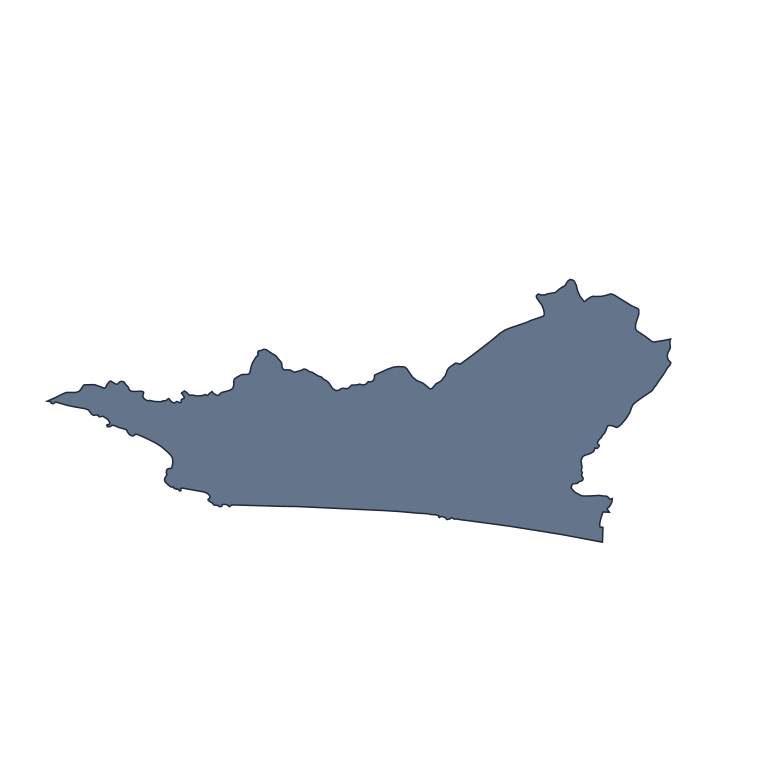 outline of Duc Pho, Quảng Ngãi, Vietnam, rotated 124°
{"feature_id": "81297802B20968372540645", "entity_name": "Duc Pho", "entity_type": "district", "adm_level": 2, "iso_a3": "VNM", "parent_name": "Vietnam", "parent_adm1": "Quảng Ngãi", "projection": "albers", "projection_center": [108.978, 14.748], "detail": "fine", "context": "isolated", "style": "filled", "palette": "slate", "viewbox_px": 768, "rotation_deg": 124, "n_neighbors": 0, "source": "geoboundaries", "source_scale": "gbopen_adm2", "svg_char_len": 6159}
<svg xmlns="http://www.w3.org/2000/svg" viewBox="0 0 768 768"><g transform="rotate(124 384 384)"><path d="M422.3,503.0L425.1,504.7L426.2,506.2L427.5,506.6L428.8,506.0L430.6,504.6L433.1,505.2L439.7,504.9L443.7,503.9L449.5,501.6L451.1,501.6L452.4,502.6L455.7,507.2L461.0,510.0L463.4,510.7L464.6,510.6L466.2,509.9L468.8,508.0L471.5,507.1L472.9,507.2L474.7,507.9L477.4,509.9L481.0,513.2L482.9,514.3L486.1,514.8L486.9,516.6L487.1,520.2L486.4,522.4L488.6,523.2L492.2,524.0L492.6,524.7L492.6,526.3L495.0,527.9L498.5,532.3L500.1,536.2L500.8,537.5L501.9,538.4L502.1,539.4L501.3,543.1L501.4,545.5L504.2,546.7L505.0,546.7L505.2,545.5L506.0,543.4L506.7,542.3L507.5,541.7L508.3,541.9L508.8,542.5L510.2,543.3L511.2,543.0L512.1,542.1L513.0,542.1L513.5,542.5L513.9,543.7L514.3,546.0L516.5,546.9L517.2,547.5L517.5,549.8L517.2,552.1L516.6,553.1L516.5,554.4L516.8,554.7L518.9,555.2L520.2,556.0L520.8,556.5L521.4,557.8L522.8,558.5L523.3,559.1L524.6,560.8L527.0,564.9L528.6,569.1L529.7,570.0L530.3,571.7L530.3,574.5L529.8,575.9L528.6,577.4L525.8,578.2L525.1,578.9L525.4,580.3L525.8,581.3L529.8,586.8L531.0,589.0L531.3,590.3L531.3,591.8L530.0,593.5L529.3,595.3L528.7,598.2L527.7,600.8L528.6,603.3L530.2,604.4L532.4,604.6L533.1,604.9L533.7,605.8L534.1,606.9L534.4,612.3L534.8,612.7L536.1,613.1L539.5,613.3L542.4,612.9L543.8,613.4L546.1,622.5L546.8,624.3L552.3,632.0L553.2,632.4L559.1,632.4L560.2,632.6L562.5,634.0L563.9,635.6L568.6,642.6L571.5,644.6L579.1,648.9L586.5,653.6L585.5,651.4L584.9,650.5L584.9,650.2L586.0,649.4L585.6,647.5L584.7,646.9L582.5,646.1L578.9,634.8L575.7,627.0L571.8,618.5L570.7,614.4L571.6,612.6L572.0,610.9L572.5,609.7L572.5,607.6L572.0,606.6L571.2,606.0L569.9,604.0L569.9,603.2L570.4,602.4L570.4,601.9L569.9,600.9L568.1,599.3L567.9,598.7L567.8,594.9L568.1,592.3L569.2,590.0L570.3,589.3L571.4,589.4L572.5,590.7L572.9,590.9L573.2,590.8L573.5,589.9L574.2,589.4L572.3,587.0L570.6,586.5L570.2,586.1L569.1,583.9L568.5,580.1L566.1,572.5L566.2,571.5L567.2,570.0L568.3,566.8L568.1,564.7L567.7,563.5L567.2,562.8L565.9,562.2L564.6,562.1L564.3,561.8L563.6,559.6L562.0,550.9L560.7,541.1L560.4,534.0L561.3,526.2L562.1,521.7L562.9,519.5L563.9,517.8L566.4,515.7L568.6,514.5L572.3,513.1L572.9,513.3L573.6,514.0L573.9,514.6L575.5,515.9L576.2,516.1L577.7,515.8L579.3,514.9L580.5,513.3L584.8,513.0L586.3,512.3L587.4,510.9L588.1,508.1L588.4,506.0L588.5,503.4L588.1,502.2L587.2,501.1L587.2,500.2L587.7,500.0L588.0,499.5L587.2,497.1L586.3,496.7L586.9,493.5L586.3,492.8L585.6,492.9L584.7,493.9L583.9,493.9L583.1,493.1L574.4,473.3L573.7,470.8L573.5,468.8L573.8,467.0L574.3,465.9L575.2,465.0L576.1,464.8L577.8,465.3L578.4,465.2L578.7,464.7L578.9,461.6L578.6,460.9L579.3,457.6L579.3,456.8L577.4,453.5L577.8,452.8L577.8,452.2L577.3,451.1L576.3,450.2L575.7,450.1L574.8,450.7L573.6,449.9L571.7,446.5L572.2,444.7L572.1,443.5L570.3,443.0L568.7,441.6L542.9,400.8L534.6,388.2L488.8,313.0L481.1,299.9L472.5,284.3L466.8,274.6L466.4,273.7L466.3,272.5L465.5,271.6L464.6,269.5L463.9,268.9L462.6,265.4L462.6,264.9L463.0,264.5L463.7,264.3L463.7,263.3L462.5,262.9L461.4,261.9L460.5,258.2L461.2,256.5L461.2,256.0L458.7,253.7L457.0,253.3L456.8,250.3L455.1,248.0L453.7,244.6L441.6,220.5L431.2,199.3L409.8,153.3L393.0,114.4L380.4,122.3L381.0,123.6L381.9,124.5L381.5,125.2L379.7,126.8L375.7,128.5L369.5,130.4L367.5,130.7L364.3,125.4L362.8,129.2L361.9,129.3L360.0,128.6L357.2,128.6L354.6,129.0L351.3,130.7L353.1,131.9L353.1,132.5L352.4,135.6L352.6,136.8L354.1,139.4L356.0,143.3L361.9,151.0L365.3,156.0L366.0,157.6L366.4,159.0L366.9,164.4L366.6,167.0L365.4,171.2L364.3,171.0L362.5,171.9L361.5,171.6L360.7,171.1L358.5,168.3L357.4,167.9L356.1,167.7L353.2,165.6L352.0,165.6L350.9,166.1L350.5,166.6L349.0,169.6L347.3,169.7L346.7,169.9L346.3,170.3L345.8,171.8L345.2,172.2L343.1,172.9L341.6,173.8L337.5,177.8L333.2,178.7L332.0,178.1L331.2,177.9L328.2,175.5L325.2,173.5L322.9,172.5L320.6,172.8L319.1,173.5L318.4,171.5L318.0,171.1L316.5,170.9L314.8,170.9L314.3,171.4L314.4,172.2L314.0,173.7L313.1,174.4L309.6,174.5L306.8,173.8L303.9,174.2L301.7,173.6L297.9,174.1L295.5,174.9L293.6,175.0L292.9,174.6L291.4,172.4L290.5,169.5L290.1,167.1L289.5,166.4L287.4,165.5L284.4,164.7L277.4,163.9L270.6,164.2L263.6,165.9L262.0,166.0L257.5,164.9L251.2,162.6L240.5,158.3L238.8,157.9L235.2,158.0L232.4,157.7L229.4,157.9L220.6,157.6L211.9,158.0L208.4,157.5L206.0,158.0L204.8,162.3L202.0,165.2L198.9,166.2L194.5,166.6L193.2,167.3L190.3,169.8L188.2,171.0L186.4,171.5L191.9,176.9L198.5,184.1L198.9,185.2L198.4,194.0L198.5,204.1L198.1,205.4L197.5,206.5L193.5,208.9L183.4,211.9L180.1,214.2L179.6,215.0L179.5,216.0L179.9,217.6L180.7,222.8L181.5,243.5L182.4,246.3L187.4,250.4L190.1,253.2L193.5,258.1L194.3,259.7L196.4,261.3L200.3,263.0L203.1,263.6L203.7,264.1L201.7,270.3L200.1,273.1L198.1,276.1L194.5,279.9L193.6,281.8L192.6,283.2L192.2,284.5L192.4,286.0L193.2,288.1L195.5,289.1L198.5,289.2L200.2,288.9L202.1,289.3L204.1,290.5L207.8,291.9L210.9,292.6L212.8,293.5L217.9,299.0L219.7,300.0L220.8,301.2L222.1,303.3L223.3,306.6L224.7,306.9L225.7,307.0L226.6,306.4L227.4,305.2L230.4,297.2L232.6,293.9L234.9,291.4L236.8,290.0L237.5,289.8L238.5,289.9L240.1,290.8L248.6,297.4L253.7,300.6L267.0,310.8L271.6,313.8L276.6,316.0L288.6,319.5L310.9,326.9L325.1,332.0L325.5,333.8L326.3,335.6L326.8,336.4L327.9,337.0L330.9,337.9L332.2,338.6L334.4,339.2L337.1,339.3L342.5,337.9L346.6,338.3L348.8,338.2L351.2,339.1L354.6,341.0L360.6,341.6L361.9,342.4L362.3,343.7L361.5,351.7L362.2,355.9L362.8,358.0L362.3,364.3L358.7,373.3L358.3,375.8L358.7,377.0L361.4,381.7L364.6,385.5L369.4,389.1L381.5,396.6L382.5,396.6L384.4,395.3L387.0,394.8L389.0,395.7L389.7,396.2L391.0,398.4L394.5,399.0L396.6,400.8L397.4,403.3L397.9,404.3L399.9,406.1L401.2,407.6L402.6,409.8L403.4,410.4L406.6,410.9L407.9,411.5L408.9,412.7L410.3,415.3L411.4,416.7L414.7,418.2L415.9,419.6L416.3,420.5L416.6,423.3L416.1,425.1L414.0,430.0L413.6,431.8L413.5,433.2L413.8,437.1L413.2,439.2L413.4,440.6L414.2,443.3L414.4,449.8L415.4,452.5L415.5,456.8L416.4,458.8L419.1,460.3L424.4,464.9L424.8,469.4L425.4,470.8L427.8,474.1L428.2,475.0L428.1,475.8L427.7,476.9L426.8,478.2L424.6,479.9L423.5,481.2L421.1,489.5L421.4,496.1L421.3,500.6L422.3,503.0Z" fill="#64748b" stroke="#1e293b" stroke-width="1.5"/></g></svg>